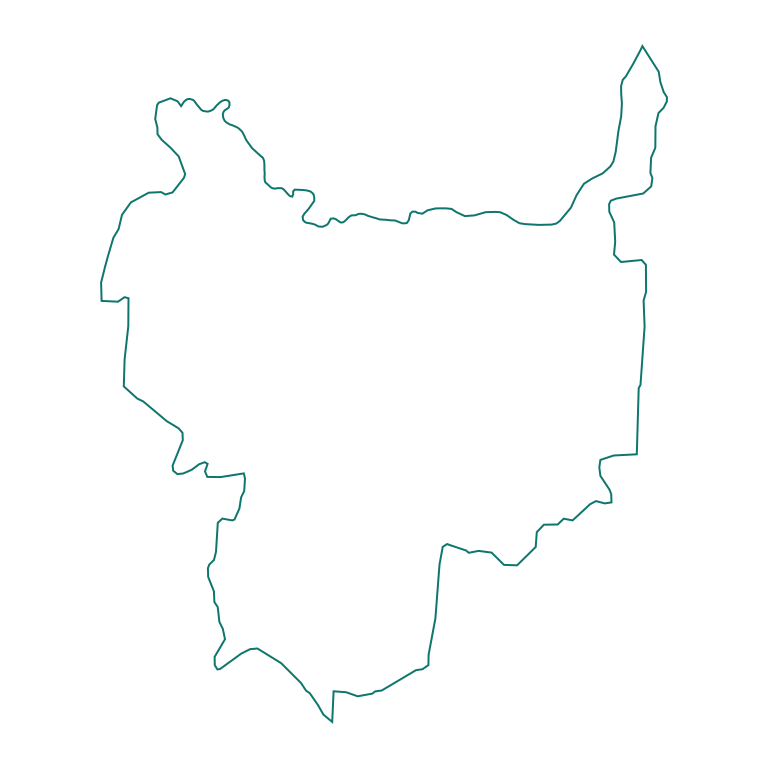 Santa Catarina Mita, Jutiapa, Guatemala (Equal Earth projection)
{"feature_id": "79465075B98787750844284", "entity_name": "Santa Catarina Mita", "entity_type": "district", "adm_level": 2, "iso_a3": "GTM", "parent_name": "Guatemala", "parent_adm1": "Jutiapa", "projection": "equal_earth", "projection_center": [-89.779, 14.442], "detail": "fine", "context": "isolated", "style": "outline", "palette": "teal", "viewbox_px": 768, "rotation_deg": 0, "n_neighbors": 0, "source": "geoboundaries", "source_scale": "gbopen_adm2", "svg_char_len": 3963}
<svg xmlns="http://www.w3.org/2000/svg" viewBox="0 0 768 768"><path d="M642.4,46.1L640.3,50.5L633.5,63.3L625.8,76.5L622.8,79.7L621.1,86.0L621.2,93.9L621.9,103.5L621.2,116.2L618.4,131.2L615.7,151.8L613.4,161.5L610.3,166.5L602.8,173.3L592.0,178.6L583.9,183.8L576.5,195.3L570.9,207.7L559.8,221.0L556.2,223.6L551.5,224.6L539.0,224.9L525.0,224.1L519.4,223.2L513.6,219.9L506.6,215.0L500.1,212.2L494.9,211.9L485.6,212.2L474.4,215.4L464.9,216.1L456.5,212.2L451.5,208.9L445.4,208.3L435.7,208.4L427.6,210.3L422.3,213.7L417.6,212.9L415.6,211.7L412.4,211.6L410.3,213.6L409.3,218.1L408.7,220.4L406.7,223.1L404.4,223.3L402.3,223.3L399.4,222.2L396.4,221.0L394.9,220.5L389.3,220.2L386.0,219.8L379.6,219.4L377.8,218.8L376.0,218.2L373.8,217.6L371.6,217.0L370.1,216.5L367.8,215.8L364.9,214.4L363.4,214.1L361.7,213.8L359.8,213.8L358.3,214.0L355.7,215.2L351.6,215.4L349.9,216.3L348.5,217.4L346.8,219.1L344.8,221.2L342.8,222.4L340.8,222.5L339.0,221.5L337.6,220.4L335.7,219.1L333.6,218.4L330.7,218.7L329.5,221.1L328.0,223.8L326.4,225.1L322.5,226.8L318.2,226.4L315.5,224.8L312.9,223.9L310.3,223.4L308.4,223.0L306.7,222.8L305.1,222.1L303.1,220.2L302.6,216.7L304.3,213.8L305.8,212.1L308.6,208.9L314.2,201.0L314.3,198.1L313.7,194.8L312.7,193.3L310.8,191.7L308.4,190.8L305.7,190.3L303.2,190.0L296.6,189.7L294.6,189.7L293.1,191.5L293.2,194.2L292.3,196.6L290.2,196.2L288.6,194.9L286.1,192.1L283.7,189.4L281.7,188.2L279.5,188.1L277.9,188.1L275.5,188.6L273.0,188.4L271.0,187.5L268.5,185.1L265.3,182.3L264.7,180.3L264.5,177.0L264.7,173.3L264.4,169.7L264.4,166.5L264.4,164.4L264.1,160.6L262.8,157.7L260.0,155.4L256.4,152.1L252.1,148.2L247.3,141.6L245.8,139.3L245.1,137.5L244.1,135.4L242.3,131.9L241.0,130.5L239.6,129.2L237.9,127.8L235.9,126.8L232.9,125.5L229.8,124.4L227.6,123.2L225.9,122.0L224.6,120.7L223.2,117.7L222.8,114.2L223.4,112.2L224.7,110.3L228.5,107.9L229.5,105.4L229.4,102.4L228.4,100.8L226.3,100.0L224.8,100.0L222.1,100.9L219.9,102.4L216.3,105.8L214.2,108.4L212.9,109.6L210.8,110.7L208.4,111.5L206.6,111.5L203.0,110.9L201.1,109.7L199.5,107.7L198.1,106.0L196.6,104.2L195.4,102.5L194.3,101.0L193.0,99.9L190.0,99.0L187.9,99.0L185.8,100.1L184.0,101.7L181.1,106.1L177.6,101.3L170.5,98.3L158.7,102.7L157.1,105.2L155.2,118.8L157.4,127.7L157.5,134.2L161.7,139.8L170.4,147.6L178.7,156.4L185.2,174.2L183.9,177.9L172.6,192.4L165.4,194.5L161.1,192.1L148.7,192.7L130.9,202.4L122.0,214.8L118.6,229.1L113.4,237.7L107.9,256.3L105.2,266.2L101.1,282.6L101.6,300.9L118.0,301.7L124.5,297.2L128.5,298.2L128.3,326.2L124.6,359.4L123.8,386.4L137.2,398.5L143.3,401.5L166.8,421.2L178.7,428.4L182.5,432.8L182.8,440.2L172.6,465.6L173.2,470.7L177.4,474.1L183.2,473.5L191.7,469.8L199.2,464.2L204.8,462.2L207.6,463.9L205.0,471.4L207.3,476.9L220.5,477.1L243.8,473.4L245.0,478.5L244.2,491.1L241.1,497.4L239.4,508.6L234.5,519.5L232.2,520.4L222.4,518.6L217.8,522.8L216.0,551.8L214.0,559.9L209.3,564.6L207.9,568.2L208.2,577.0L213.9,591.3L214.4,602.1L217.7,607.0L219.4,621.9L222.8,628.8L225.0,639.2L214.6,656.9L214.8,665.3L217.4,669.4L219.9,669.1L241.1,653.7L250.0,649.2L257.4,648.5L281.2,663.2L301.0,683.0L306.1,690.7L309.7,693.1L318.0,705.1L323.4,714.6L332.2,721.9L333.6,691.3L346.0,692.2L357.7,696.3L372.4,693.6L375.1,691.4L381.7,690.5L415.9,670.2L422.5,669.2L428.4,665.1L428.6,654.7L435.4,618.4L439.5,564.7L442.7,546.9L447.0,544.1L466.1,550.5L468.8,552.8L478.5,550.9L491.6,552.6L504.0,564.9L517.1,565.3L535.7,547.0L536.8,532.1L543.9,524.7L557.7,524.5L563.7,518.7L572.6,520.4L590.1,504.2L596.0,501.1L604.8,503.4L611.5,502.4L611.2,494.0L609.4,489.5L600.4,475.9L599.3,467.4L600.4,459.9L613.7,455.5L636.8,454.3L638.7,388.2L640.5,384.8L644.6,326.6L643.6,300.6L646.1,291.8L645.9,264.8L641.6,260.0L621.0,262.0L614.0,254.6L615.2,241.8L614.2,222.4L609.3,211.8L609.1,204.2L610.8,200.7L616.3,198.6L643.2,193.5L651.2,186.4L652.4,178.0L650.4,172.9L651.1,157.7L655.3,147.8L655.5,126.2L658.5,113.0L663.6,107.8L666.9,101.4L666.9,97.1L663.7,92.1L660.4,82.2L658.7,71.7L642.4,46.1Z" fill="none" stroke="#0f766e" stroke-width="2"/></svg>